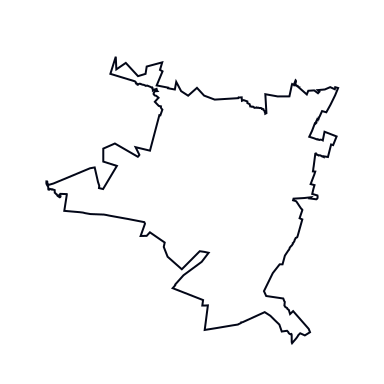 outline of Charcas, San Luis Potosí, Mexico, rotated 282°
{"feature_id": "50627088B65419773344974", "entity_name": "Charcas", "entity_type": "district", "adm_level": 2, "iso_a3": "MEX", "parent_name": "Mexico", "parent_adm1": "San Luis Potosí", "projection": "orthographic", "projection_center": [-101.043, 23.271], "detail": "fine", "context": "isolated", "style": "outline", "palette": "ink", "viewbox_px": 384, "rotation_deg": 282, "n_neighbors": 0, "source": "geoboundaries", "source_scale": "gbopen_adm2", "svg_char_len": 5659}
<svg xmlns="http://www.w3.org/2000/svg" viewBox="0 0 384 384"><g transform="rotate(282 192 192)"><path d="M308.5,89.3L290.6,87.6L288.4,113.1L287.6,114.3L286.9,114.4L286.7,114.7L286.4,114.9L286.4,115.3L286.5,115.4L286.5,115.8L286.3,116.0L286.1,116.0L286.0,116.3L285.9,116.3L285.9,116.2L285.6,116.4L285.7,116.7L285.9,117.1L286.4,117.3L286.6,117.5L287.0,118.2L287.1,118.6L287.1,118.8L286.9,119.2L287.0,119.5L286.9,119.8L286.9,120.2L286.7,120.8L286.7,121.1L286.7,121.4L286.7,122.0L286.8,122.5L286.7,123.0L286.5,123.5L286.5,124.4L286.3,124.7L286.4,124.8L286.4,125.2L286.5,125.3L286.6,125.7L286.8,126.4L286.6,126.8L286.6,127.1L286.4,128.3L286.3,128.7L286.2,129.5L286.1,129.9L285.7,130.9L285.6,131.1L285.5,131.3L285.8,131.5L285.6,131.7L285.2,131.6L284.6,132.1L284.4,132.1L283.7,132.5L283.3,132.6L283.8,133.0L284.0,133.3L284.3,133.6L284.4,133.8L284.4,134.1L284.6,134.3L284.9,135.0L285.1,135.2L285.3,135.6L285.5,135.9L283.9,136.7L283.5,137.2L283.3,136.5L282.9,134.9L282.0,134.3L280.7,134.0L280.2,134.0L279.8,134.1L279.6,134.5L278.9,135.1L278.7,135.5L278.7,136.8L277.7,138.9L277.2,139.7L276.3,139.1L272.5,136.9L269.3,141.6L269.3,143.8L268.4,143.8L267.2,144.8L266.4,145.9L260.4,145.1L260.4,144.1L223.7,142.3L224.1,127.5L217.4,132.8L217.0,132.7L216.9,132.7L215.2,131.7L223.4,106.5L216.0,96.2L203.3,98.9L201.9,113.1L176.4,104.4L176.5,100.2L178.8,100.0L182.2,98.0L195.8,91.7L194.0,87.3L171.5,54.7L169.3,50.6L169.8,49.4L170.2,48.9L171.0,48.5L171.8,48.4L172.2,48.1L172.1,47.4L170.9,47.6L169.8,47.9L168.8,48.7L167.1,50.3L165.9,50.6L164.6,51.0L164.5,51.7L165.5,52.5L165.2,54.4L165.3,54.8L165.6,54.8L165.3,57.3L163.2,57.8L162.8,57.9L162.5,58.5L161.6,59.8L161.6,60.1L160.2,61.4L159.7,62.8L159.5,63.2L159.3,63.6L159.4,63.9L159.7,64.2L160.6,64.3L160.8,63.7L161.3,63.0L161.5,62.8L162.5,63.5L162.8,63.6L163.9,69.9L163.3,70.1L147.0,71.0L148.9,86.3L149.2,89.7L149.1,91.9L149.3,97.2L151.6,110.5L151.7,113.0L151.7,116.0L152.2,132.1L152.3,135.0L152.6,151.6L151.2,152.6L138.3,150.9L139.7,156.8L143.8,159.2L136.9,175.8L132.4,175.8L123.6,181.6L114.3,198.1L135.7,211.9L136.0,216.5L136.0,220.9L125.7,216.0L108.8,201.0L98.0,194.8L97.3,195.0L93.9,193.1L88.6,225.3L83.1,225.7L83.5,227.8L84.4,231.1L67.4,232.5L59.7,233.1L63.9,244.0L70.1,259.7L71.8,264.2L71.9,264.5L72.1,264.6L74.0,267.1L74.7,267.2L75.1,268.5L89.6,288.1L87.2,294.4L84.1,299.2L80.5,305.0L74.2,308.8L76.0,313.8L75.3,314.9L74.9,315.4L74.3,315.8L73.9,316.2L73.4,317.4L73.3,317.9L73.8,318.6L73.5,319.0L72.7,319.2L72.5,319.3L68.9,320.1L66.2,320.7L65.3,321.0L64.9,321.3L65.1,321.4L65.4,321.6L66.5,322.2L67.1,322.5L69.8,324.0L71.0,324.6L72.9,325.4L74.0,325.7L76.3,327.2L75.2,332.2L79.4,336.6L82.4,334.6L96.5,315.7L93.0,313.3L95.9,311.7L96.6,311.4L97.6,309.5L98.0,309.4L98.3,309.1L98.9,307.2L99.8,306.4L100.1,306.0L103.8,305.6L104.6,304.8L105.9,304.0L106.8,303.4L105.7,286.2L110.0,283.0L129.5,287.9L139.5,292.8L140.1,295.6L149.1,296.1L154.9,298.4L155.3,298.6L155.7,298.9L156.7,299.1L157.4,299.1L157.8,299.3L158.2,299.3L158.6,299.6L159.5,300.0L160.2,300.6L162.1,301.4L162.9,301.2L163.4,301.7L164.5,302.1L165.4,302.4L166.5,302.4L167.1,302.6L168.6,303.0L169.6,304.3L171.1,304.5L188.1,305.6L188.7,302.7L197.3,303.7L197.6,303.6L197.9,303.2L197.9,302.9L198.4,302.4L198.8,301.8L204.1,296.4L204.7,295.5L204.9,292.6L206.6,292.7L209.4,302.9L211.6,309.5L210.2,308.6L210.7,315.1L211.5,315.8L212.0,316.0L213.4,315.9L214.7,315.4L215.1,310.0L220.2,310.1L224.2,310.4L224.4,306.4L234.6,308.0L237.6,308.3L237.3,306.0L239.6,305.9L240.2,305.8L241.9,305.7L242.2,305.7L255.8,304.6L255.6,304.6L255.4,304.8L255.2,304.9L255.3,305.0L255.1,305.1L255.1,305.3L255.1,305.5L254.9,305.8L254.8,306.0L254.6,306.1L254.5,306.4L254.4,306.5L254.4,306.9L254.4,307.0L254.2,307.7L254.3,307.7L254.2,308.0L254.3,308.1L254.3,308.3L254.3,308.7L254.4,309.0L254.4,309.4L254.5,309.8L254.3,310.7L254.2,310.8L254.2,311.0L254.1,311.4L254.1,311.5L254.1,311.8L253.9,312.0L254.0,312.1L254.1,312.3L253.9,312.7L254.0,312.8L253.9,312.9L253.8,313.2L253.6,313.7L254.3,313.7L254.5,317.7L267.4,318.2L267.2,320.3L276.4,321.9L278.5,309.1L269.7,309.2L270.0,308.4L269.9,306.9L269.8,306.4L269.4,305.8L269.5,304.6L269.7,304.4L269.8,304.0L269.7,303.6L269.4,303.4L269.9,300.3L270.4,295.2L276.8,296.7L284.6,297.9L284.4,298.5L285.5,299.2L285.8,298.6L288.0,299.1L288.1,300.0L288.7,300.0L288.8,299.3L289.8,299.5L289.7,300.6L290.2,300.6L291.1,300.8L291.3,300.7L291.5,301.3L291.5,301.2L291.8,301.0L298.2,302.4L297.9,306.8L306.1,309.3L316.4,311.9L324.1,313.3L324.3,310.3L322.2,310.3L323.3,305.4L319.9,300.6L317.8,293.8L316.6,295.8L314.8,294.7L316.8,290.4L315.2,284.7L311.3,284.0L316.4,274.9L316.7,275.0L316.7,274.9L316.8,274.3L317.1,274.0L317.2,273.8L317.5,273.5L317.2,273.3L317.4,272.8L318.5,271.2L317.8,271.0L317.7,270.4L319.1,270.7L319.2,270.4L321.4,270.8L322.6,270.4L322.8,270.1L317.9,269.3L318.2,268.4L318.1,268.2L318.1,267.9L318.3,267.8L318.4,267.5L317.6,267.4L305.8,267.4L303.3,256.0L302.9,243.4L284.6,248.4L283.8,247.4L284.5,247.2L285.1,246.7L285.6,246.8L286.4,246.3L286.5,246.0L286.7,245.2L287.0,244.9L287.8,244.7L287.9,244.2L288.1,243.7L287.8,243.0L288.1,242.8L288.5,242.0L288.4,241.3L288.1,240.3L288.3,239.5L288.0,238.9L288.0,238.2L288.2,237.8L287.8,237.5L287.6,236.3L287.3,235.6L287.4,235.3L287.7,235.1L288.1,234.3L287.9,233.9L288.1,233.3L288.0,232.8L287.8,232.5L288.0,231.9L287.8,231.2L289.9,230.1L290.5,227.7L292.1,227.3L292.6,223.4L291.6,221.9L294.9,220.9L294.6,220.1L294.6,219.6L294.2,218.6L294.2,217.9L293.4,217.7L287.1,195.0L288.8,183.8L294.9,175.2L285.4,168.2L288.4,160.4L296.4,153.7L288.7,153.9L288.5,147.0L289.1,147.0L288.9,135.3L303.9,138.1L304.8,135.3L312.6,135.9L305.3,121.6L297.9,122.0L294.1,115.1L304.5,100.4L296.2,92.5L308.5,89.3Z" fill="none" stroke="#020617" stroke-width="2"/></g></svg>